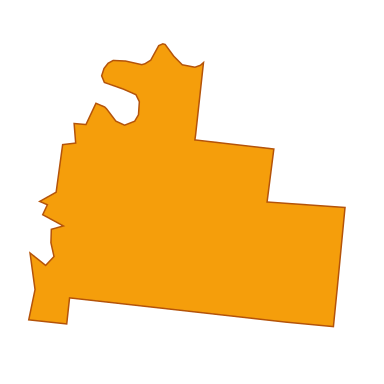 outline of Crawford, Indiana, United States of America, rotated 186°
{"feature_id": "52423323B86743622132490", "entity_name": "Crawford", "entity_type": "district", "adm_level": 2, "iso_a3": "USA", "parent_name": "United States of America", "parent_adm1": "Indiana", "projection": "albers", "projection_center": [-86.373, 38.264], "detail": "fine", "context": "isolated", "style": "filled", "palette": "amber", "viewbox_px": 384, "rotation_deg": 186, "n_neighbors": 0, "source": "geoboundaries", "source_scale": "gbopen_adm2", "svg_char_len": 821}
<svg xmlns="http://www.w3.org/2000/svg" viewBox="0 0 384 384"><g transform="rotate(186 192 192)"><path d="M287.7,267.4L296.8,270.2L304.5,248.0L316.4,247.8L312.8,228.5L325.6,225.6L327.1,177.6L342.5,166.7L334.5,164.2L338.1,153.8L316.4,144.8L328.0,140.2L327.0,126.8L322.5,113.4L329.9,103.7L346.7,114.4L337.9,78.5L341.0,47.8L302.8,47.7L302.7,73.9L84.8,72.4L37.3,72.9L37.5,112.7L38.2,192.6L116.3,189.9L115.1,243.3L194.6,244.1L194.4,248.9L194.1,321.9L196.9,318.9L202.1,316.4L215.0,317.5L224.3,325.1L234.1,335.9L236.5,336.3L240.4,334.1L246.8,318.8L252.2,314.6L255.3,313.4L271.7,315.3L284.1,314.6L288.9,311.3L292.4,305.7L294.0,298.1L290.6,291.8L270.9,287.1L257.9,282.9L253.8,276.3L253.3,263.2L255.4,258.6L256.4,256.4L266.0,251.4L275.1,254.5L285.7,265.8L287.7,267.4Z" fill="#f59e0b" stroke="#b45309" stroke-width="1.5"/></g></svg>